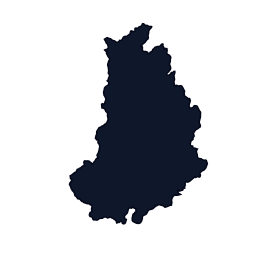 the Province of Jiangxi, rotated 161°
{"feature_id": "CHN-1817", "entity_name": "Jiangxi", "entity_type": "Province", "adm_level": 1, "iso_a3": "CHN", "parent_name": "China", "parent_adm1": "", "projection": "mercator", "projection_center": [115.66, 27.278], "detail": "fine", "context": "isolated", "style": "filled", "palette": "ink", "viewbox_px": 256, "rotation_deg": 161, "n_neighbors": 0, "source": "natural_earth", "source_scale": "10m", "svg_char_len": 5749}
<svg xmlns="http://www.w3.org/2000/svg" viewBox="0 0 256 256"><g transform="rotate(161 128 128)"><path d="M67.1,191.2L65.4,190.4L65.8,188.3L66.9,186.6L67.0,186.0L66.4,184.5L65.1,183.3L64.6,181.5L64.6,180.7L65.8,178.8L66.5,176.9L67.5,175.7L68.0,174.8L68.0,171.3L68.3,170.4L69.1,169.3L70.1,169.0L71.0,168.0L72.6,167.5L73.5,166.9L73.9,166.4L74.0,166.0L73.7,165.2L72.0,164.6L70.7,165.1L68.9,166.3L68.4,166.3L67.6,165.7L66.3,166.6L65.3,166.3L65.7,165.0L67.5,162.6L68.2,158.7L69.7,156.6L69.8,154.8L70.2,153.0L70.1,152.7L68.0,152.5L67.2,151.6L66.6,151.3L64.4,150.9L63.5,150.1L63.1,148.5L62.5,144.3L63.5,143.0L63.7,141.6L64.3,140.4L64.3,139.8L63.4,139.3L62.8,138.1L61.9,137.0L61.4,135.7L60.4,135.9L60.1,135.3L60.2,133.6L60.9,132.4L62.2,130.8L63.0,129.3L63.1,128.7L63.1,126.9L61.0,126.0L59.9,126.3L58.5,127.3L57.8,127.5L55.8,126.5L55.5,125.9L54.8,120.8L54.3,119.6L54.3,119.1L55.1,117.2L55.9,114.9L58.8,110.4L58.9,109.4L58.7,106.9L59.1,106.0L59.8,105.3L60.9,105.2L62.3,104.6L64.3,104.3L65.0,104.0L67.2,102.3L67.9,101.5L68.0,99.3L68.2,98.7L69.7,97.6L70.3,96.0L72.0,95.5L73.1,94.8L74.5,92.2L74.5,91.5L74.2,90.7L72.7,89.8L73.0,88.1L72.8,87.5L71.2,87.2L70.1,86.0L69.2,85.5L70.6,84.3L70.9,83.8L71.2,81.8L71.2,80.4L71.8,77.9L71.4,76.6L70.9,76.1L68.7,75.0L68.0,73.8L67.6,73.5L66.5,72.7L65.0,72.4L64.7,72.1L64.5,71.5L64.6,68.4L67.4,65.0L69.4,63.7L70.1,63.5L72.0,63.3L73.6,62.6L74.8,62.3L74.8,60.5L74.9,59.7L75.6,58.7L76.2,58.3L76.8,58.5L77.8,59.4L78.9,59.4L80.1,59.2L81.0,59.7L81.4,59.8L86.7,57.7L88.8,57.3L89.2,57.4L89.6,58.2L90.3,58.2L91.5,57.6L92.1,57.1L92.6,55.2L93.9,53.7L93.9,52.7L94.2,52.7L94.9,53.4L95.5,53.5L95.9,52.1L96.5,51.5L99.8,51.6L100.4,52.8L100.9,53.2L101.2,52.7L101.4,51.3L101.7,50.4L100.9,48.9L100.2,48.5L99.9,48.1L102.9,48.3L104.7,48.8L105.7,49.5L107.8,48.6L109.3,47.2L110.0,46.2L110.5,45.0L110.7,43.4L112.1,40.9L113.5,41.2L116.1,41.0L118.6,41.0L119.0,41.2L119.8,42.8L123.2,45.2L124.1,45.5L127.4,45.0L130.8,43.6L131.9,43.5L134.6,43.8L135.4,43.5L136.4,42.8L138.2,41.1L139.2,40.5L141.5,40.3L142.9,39.9L143.3,39.4L143.9,37.8L145.3,35.8L147.0,34.4L148.5,34.2L149.6,34.5L151.2,35.4L153.7,38.0L154.1,39.0L153.4,41.4L151.3,44.8L150.9,45.0L150.5,44.6L150.0,44.6L149.1,46.0L148.1,45.7L147.7,46.3L146.9,49.1L148.3,50.3L149.5,51.9L150.1,51.8L150.4,51.1L150.7,51.0L152.2,51.9L153.7,51.7L156.3,47.9L160.0,46.0L160.2,45.8L160.2,45.1L160.6,43.6L160.1,42.5L159.4,42.2L159.4,41.8L160.3,40.8L161.2,39.3L162.1,38.8L162.9,38.7L163.2,38.7L164.3,39.6L164.4,39.9L164.1,41.1L164.3,41.5L164.8,41.9L165.9,42.1L167.0,41.6L167.3,41.6L168.0,42.3L168.9,41.8L169.6,41.9L169.4,43.8L169.6,44.3L170.5,45.9L171.9,47.7L172.7,48.3L173.3,49.2L173.7,49.5L176.6,49.6L177.9,51.1L178.7,51.5L180.4,51.4L181.6,51.0L184.4,51.8L185.7,51.2L187.0,51.0L188.1,51.3L188.9,51.9L190.6,52.4L190.9,53.2L190.8,54.0L191.0,55.3L191.3,55.8L192.8,56.8L192.9,58.2L192.6,58.9L191.4,60.4L189.6,60.8L189.0,61.2L189.1,62.4L188.9,63.2L187.4,65.7L187.4,66.0L187.7,66.8L189.0,68.1L189.3,68.9L191.3,69.8L194.2,72.1L194.2,73.0L195.2,73.3L195.6,73.8L196.1,74.7L196.5,76.3L198.6,77.5L199.2,80.0L200.2,81.3L199.9,84.2L200.4,85.9L201.1,87.0L201.0,87.4L200.6,87.8L201.4,88.7L201.4,91.8L201.7,93.4L201.6,93.9L200.8,94.9L198.5,96.5L197.9,97.3L198.0,97.8L198.8,98.7L198.3,101.6L196.8,101.8L192.9,103.3L191.6,103.2L191.3,103.4L190.8,104.1L190.1,104.6L189.5,105.4L188.0,105.3L187.1,105.7L185.8,105.7L183.8,106.6L182.0,106.9L181.4,107.5L181.1,108.1L181.0,109.9L180.0,111.0L179.4,111.0L178.6,110.4L177.3,110.2L175.8,109.5L175.3,108.9L174.9,108.0L174.2,107.1L173.8,105.9L173.1,105.6L172.7,105.7L171.7,106.7L170.2,107.3L169.6,108.0L167.9,109.3L167.3,109.5L166.2,109.3L166.0,109.6L166.2,111.6L166.1,112.5L164.2,114.1L162.6,116.4L160.6,119.9L160.6,122.0L161.1,123.5L161.2,124.0L160.4,125.6L160.5,126.9L160.8,127.2L161.4,127.0L161.5,127.9L162.1,128.4L162.1,129.0L160.7,131.3L159.7,132.2L158.7,134.9L155.2,137.8L154.0,137.6L152.5,138.2L150.5,138.3L148.5,139.2L147.9,138.9L147.6,139.0L146.9,139.7L145.9,140.3L143.9,142.8L143.4,146.5L142.7,147.8L142.6,149.0L143.0,150.0L143.5,150.7L143.7,153.2L144.7,154.8L146.1,155.4L145.4,158.6L145.0,159.1L144.5,159.4L144.0,159.2L143.3,158.3L142.6,158.4L139.4,162.4L139.4,163.1L139.6,164.8L139.6,165.6L140.0,166.9L139.4,170.0L138.4,171.3L137.2,173.5L135.5,174.5L133.3,174.9L132.4,175.5L131.5,176.5L131.5,178.1L132.3,179.2L132.3,179.5L130.9,180.1L130.2,181.6L129.2,182.3L128.4,183.9L128.3,184.8L128.8,186.2L127.5,188.8L126.8,192.3L126.8,193.6L126.7,194.2L126.3,195.1L125.5,196.0L124.5,197.6L122.8,198.8L122.7,199.1L123.7,202.6L123.8,204.3L124.1,205.2L123.9,206.0L123.1,206.3L123.1,206.6L124.1,208.0L124.7,209.4L124.3,209.5L122.6,209.3L121.8,209.4L120.8,210.1L120.1,211.2L120.2,212.5L120.0,213.8L120.9,215.4L121.0,217.7L121.5,219.3L121.4,219.6L118.7,220.2L118.2,220.2L117.0,219.0L115.5,218.1L114.0,215.8L112.4,214.8L110.9,212.7L110.1,212.4L107.9,212.9L107.5,213.6L106.5,213.1L105.4,213.2L104.7,213.6L102.9,215.3L102.1,215.6L100.6,215.6L99.3,214.9L98.9,214.9L98.2,215.5L95.5,216.3L94.0,218.6L93.6,218.8L92.8,218.6L92.3,217.8L90.8,217.3L90.2,217.4L89.5,217.8L89.2,219.5L88.7,220.0L87.8,219.9L87.4,219.7L87.1,219.1L86.8,218.9L84.6,220.0L82.3,220.0L81.6,220.4L80.7,221.6L80.3,221.8L79.7,221.7L79.2,221.4L78.4,219.6L76.2,218.6L75.0,217.0L73.0,216.5L72.6,216.0L73.3,215.3L75.6,214.1L77.0,212.7L77.8,210.7L79.0,209.0L79.3,207.1L79.9,205.9L81.8,205.1L84.2,203.3L86.5,202.7L87.6,201.8L88.8,201.6L89.4,201.3L89.4,201.0L88.2,200.3L88.0,199.8L89.0,197.1L88.9,196.0L88.2,195.2L86.5,194.6L85.2,193.7L84.9,193.3L84.6,191.8L83.9,191.5L83.2,191.6L82.3,192.5L80.5,192.4L79.1,194.1L77.3,194.8L76.3,195.5L73.6,195.5L72.1,195.0L71.3,195.0L70.7,195.2L69.5,196.0L68.7,196.3L68.1,196.3L67.7,196.1L67.7,195.7L68.3,194.2L67.9,192.1L68.1,191.1L67.9,190.8L67.1,191.2Z" fill="#0f172a" stroke="#020617" stroke-width="1.5"/></g></svg>